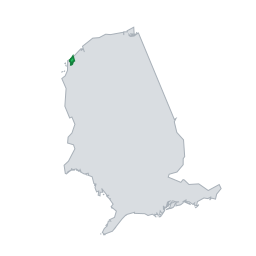 location of San Luis Obispo, California, United States of America, rotated 74°
{"feature_id": "52423323B67227670427960", "entity_name": "San Luis Obispo", "entity_type": "district", "adm_level": 2, "iso_a3": "USA", "parent_name": "United States of America", "parent_adm1": "California", "projection": "orthographic", "projection_center": [-120.239, 35.346], "detail": "fine", "context": "in_parent", "style": "filled", "palette": "green", "viewbox_px": 256, "rotation_deg": 74, "n_neighbors": 0, "source": "geoboundaries", "source_scale": "gbopen_adm2", "svg_char_len": 4541}
<svg xmlns="http://www.w3.org/2000/svg" viewBox="0 0 256 256"><g transform="rotate(74 128 128)"><path d="M201.2,75.4L210.2,68.1L207.5,55.9L211.9,55.2L216.0,61.0L220.5,63.5L218.1,67.5L218.7,68.7L217.2,67.7L217.9,70.7L216.2,74.3L217.9,81.6L221.0,83.2L221.9,82.1L221.0,81.2L221.6,81.5L222.4,82.7L219.8,85.7L218.4,84.7L219.2,86.8L215.7,89.6L214.2,93.9L213.7,92.3L213.0,91.5L213.9,95.4L215.1,95.5L216.3,98.5L216.1,103.4L212.9,102.3L213.0,99.3L212.3,101.7L214.2,104.0L215.8,105.0L216.8,106.5L217.0,114.1L216.0,109.8L212.3,107.4L211.8,102.8L210.3,105.1L213.7,110.3L210.9,109.7L210.3,110.3L210.1,108.2L209.8,107.7L209.8,109.4L210.3,110.6L214.4,111.1L214.2,112.5L211.9,111.3L211.2,111.2L214.0,112.7L215.0,112.7L215.2,114.4L213.7,113.8L216.2,115.2L216.0,115.7L214.8,114.9L212.6,115.5L215.9,116.3L217.4,115.4L221.2,119.8L218.1,116.5L219.7,118.9L216.6,119.9L219.8,121.3L220.4,120.0L220.2,123.1L217.1,123.8L219.3,124.1L218.4,126.1L220.5,126.0L217.6,128.2L217.6,132.9L215.0,135.5L211.8,145.4L210.8,145.0L210.8,152.6L211.2,154.3L213.8,158.8L222.9,171.4L223.6,179.9L221.4,181.5L218.0,178.4L216.5,175.1L212.1,172.6L212.7,170.3L211.1,171.1L210.2,165.6L204.7,162.1L199.0,165.9L197.1,163.3L190.9,165.4L191.4,163.9L190.6,165.5L188.0,167.0L187.3,164.7L187.3,166.5L178.8,170.0L182.8,169.9L182.1,172.5L185.5,173.6L184.3,175.2L180.5,173.5L180.8,175.8L176.3,176.2L173.1,174.2L172.0,176.1L165.0,175.9L161.9,180.0L162.7,178.9L160.5,178.7L160.2,182.7L156.7,186.2L157.5,185.2L154.7,185.5L155.9,186.6L153.1,189.0L152.7,193.5L151.1,193.1L152.6,194.0L153.5,197.8L155.2,199.8L154.4,200.8L146.2,199.7L143.5,194.4L133.4,184.8L129.1,185.0L125.8,190.2L120.3,188.1L117.3,183.2L109.8,178.0L102.0,178.9L102.3,181.3L89.7,182.7L72.9,176.6L62.2,178.0L60.6,174.0L56.0,170.3L46.6,167.4L46.6,164.5L38.9,151.6L39.2,150.3L40.7,152.0L39.7,149.2L43.0,149.0L36.9,149.2L31.9,137.1L33.2,130.8L31.7,123.6L33.4,119.1L34.7,106.0L37.5,106.4L34.4,105.6L35.4,102.1L34.3,102.1L32.7,94.7L39.4,96.2L38.0,100.0L40.2,97.3L40.0,100.6L38.3,101.3L39.5,101.5L40.8,100.2L41.3,96.9L39.5,91.8L132.6,81.1L132.0,79.2L134.8,81.8L145.7,82.3L154.7,77.9L171.1,81.4L172.7,83.4L178.5,85.1L183.8,93.0L183.8,101.2L186.3,102.9L194.8,92.2L192.8,89.3L193.5,88.2L199.1,85.0L201.2,75.4ZM217.6,90.3L219.0,88.9L214.3,94.5L217.8,89.1L217.6,90.3ZM40.0,94.9L40.8,97.0L40.8,97.3L39.6,95.7L40.0,94.9ZM154.9,199.2L153.3,196.0L153.0,194.1L153.5,196.1L154.9,199.2ZM218.6,67.4L219.2,68.4L218.8,68.3L218.6,67.4ZM173.5,175.2L173.8,175.9L173.0,175.5L173.5,175.2ZM50.3,170.7L51.3,170.2L51.4,170.3L50.3,170.7ZM49.1,170.3L48.7,170.9L48.3,170.4L49.1,170.3ZM221.3,84.9L221.2,85.7L221.3,84.9ZM153.3,192.2L153.0,193.8L153.8,190.5L153.3,192.2ZM220.1,167.2L221.8,169.7L219.8,167.0L220.1,167.2ZM55.8,173.2L56.3,174.0L55.7,173.3L55.8,173.2ZM224.1,180.2L223.7,181.4L224.3,178.9L224.1,180.2ZM222.2,121.4L222.0,122.9L221.4,119.9L222.2,121.4ZM39.1,93.2L39.1,93.8L38.7,93.5L39.1,93.2ZM156.1,187.2L154.8,188.3L156.1,187.0L156.1,187.2ZM223.0,84.1L223.3,84.8L222.8,85.0L223.0,84.1ZM55.8,175.5L56.2,176.6L55.7,175.7L55.8,175.5ZM154.5,188.9L154.0,189.5L154.4,188.7L154.5,188.9ZM217.1,107.9L217.1,109.7L216.9,107.2L217.1,107.9ZM161.6,180.8L160.8,181.6L161.9,180.2L161.6,180.8ZM211.2,153.3L211.5,154.6L211.1,153.8L211.2,153.3ZM220.8,126.1L220.7,126.4L221.0,125.1L220.8,126.1ZM201.1,164.7L200.3,165.8L199.9,165.8L201.1,164.7ZM187.5,167.0L187.4,167.3L186.8,167.4L187.5,167.0ZM215.5,175.7L215.9,176.5L215.3,175.6L215.5,175.7ZM185.3,169.7L185.3,170.5L184.9,169.1L185.3,169.7ZM222.5,183.3L221.9,183.6L222.7,183.0L222.5,183.3ZM216.4,99.1L216.4,100.0L216.3,98.8L216.4,99.1ZM221.6,123.4L221.4,123.9L221.6,123.4Z" fill="#d9dde1" stroke="#a8b0b8" stroke-width="1"/><path d="M43.6,161.0L43.8,161.2L43.8,161.4L43.8,161.5L44.0,161.7L44.3,161.8L44.5,162.0L44.7,162.3L44.8,162.5L45.0,162.6L45.1,162.8L45.3,162.8L45.5,162.8L45.7,163.1L45.7,163.3L45.7,163.5L45.5,163.8L45.6,164.0L45.9,164.2L46.0,164.3L46.3,164.3L46.5,164.4L46.6,164.5L46.7,164.8L46.7,165.0L46.6,165.3L46.8,165.3L47.0,165.3L47.2,165.2L47.3,165.2L47.4,165.3L47.5,165.3L47.8,165.4L47.9,165.5L48.0,165.6L48.1,165.4L48.0,165.2L48.3,165.1L48.5,165.1L48.6,164.9L48.8,164.8L48.8,164.7L49.0,164.6L49.3,164.8L49.5,164.9L49.8,164.9L49.8,165.0L50.0,165.0L50.3,165.2L50.4,165.3L50.5,165.3L50.8,165.3L51.0,165.4L51.0,165.5L51.3,165.6L51.6,165.7L51.7,164.8L51.6,164.7L51.3,164.7L51.3,164.2L50.8,164.3L50.8,163.8L50.2,163.8L50.2,163.3L49.9,163.3L49.9,162.9L49.4,162.9L49.4,162.7L49.2,162.6L49.1,162.4L49.0,161.9L48.6,162.0L48.6,161.0L48.3,161.0L46.2,161.0L43.6,161.0Z" fill="#22c55e" stroke="#15803d" stroke-width="1.5"/></g></svg>